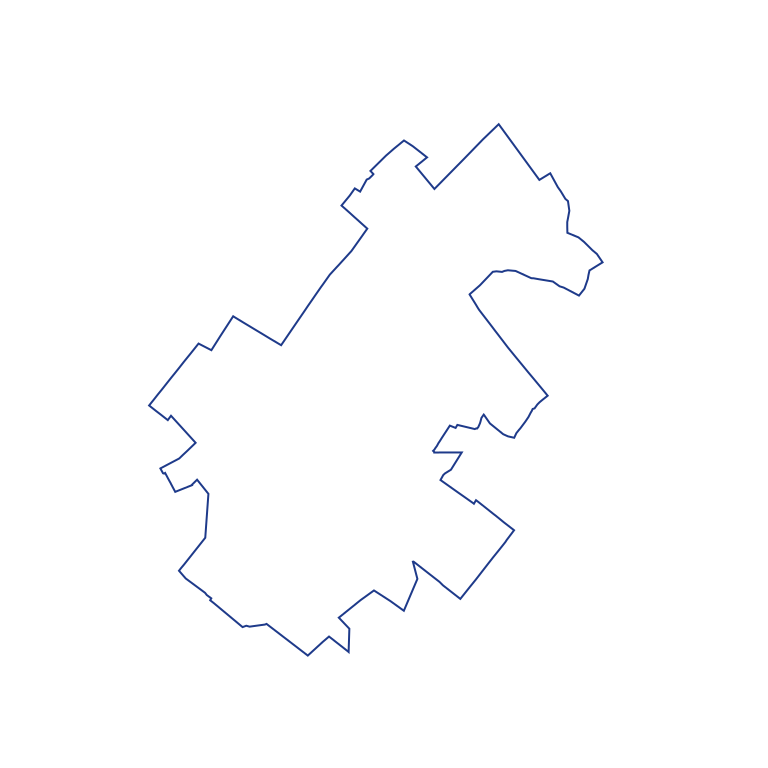 Bokobá, Yucatán, Mexico, rotated 212°
{"feature_id": "50627088B16110462273646", "entity_name": "Bokobá", "entity_type": "district", "adm_level": 2, "iso_a3": "MEX", "parent_name": "Mexico", "parent_adm1": "Yucatán", "projection": "albers", "projection_center": [-89.177, 20.996], "detail": "fine", "context": "isolated", "style": "outline", "palette": "blue", "viewbox_px": 768, "rotation_deg": 212, "n_neighbors": 0, "source": "geoboundaries", "source_scale": "gbopen_adm2", "svg_char_len": 3310}
<svg xmlns="http://www.w3.org/2000/svg" viewBox="0 0 768 768"><g transform="rotate(212 384 384)"><path d="M514.6,512.8L504.4,511.1L497.8,509.9L496.0,509.6L488.0,508.2L480.5,506.9L480.8,501.8L481.1,496.3L481.6,488.1L482.1,479.5L485.6,460.1L486.0,458.2L487.9,448.0L488.6,435.7L488.8,433.1L489.3,422.9L489.5,418.1L489.9,409.7L490.1,403.8L490.7,389.6L491.8,362.4L504.5,362.1L512.4,362.0L524.2,361.8L536.7,361.6L545.0,361.5L547.8,361.5L548.2,337.6L548.2,337.1L548.2,336.7L548.3,322.0L548.3,321.7L548.3,321.2L562.7,320.0L563.5,313.0L564.3,306.2L564.9,301.4L565.5,296.5L566.3,289.0L567.1,282.1L567.7,277.3L568.5,270.2L569.2,263.8L569.5,261.1L570.2,255.6L571.0,248.2L571.4,244.9L571.8,241.3L562.8,240.3L557.5,239.8L548.2,238.8L548.1,240.5L547.8,244.2L532.1,239.8L512.6,234.3L515.5,222.7L517.0,217.1L518.2,212.3L521.0,207.5L523.5,203.2L528.8,194.1L528.9,193.9L524.1,191.2L523.0,191.5L522.5,192.6L516.8,189.3L514.3,187.9L513.2,187.3L512.1,186.7L511.7,186.4L510.1,185.5L509.1,184.9L508.1,184.3L507.0,183.7L506.0,183.1L504.9,182.5L503.9,181.9L493.2,196.5L493.5,196.7L491.8,203.8L474.7,197.8L454.1,158.9L457.9,124.9L458.5,120.7L458.9,117.0L449.1,114.0L425.1,112.1L422.4,111.1L416.9,110.7L416.8,108.5L412.3,108.0L375.1,102.9L372.7,106.0L369.4,107.0L357.5,116.9L356.5,118.3L304.7,113.3L299.3,132.8L296.8,140.7L272.6,138.1L272.0,138.0L283.7,158.1L298.5,161.9L289.3,188.4L283.1,203.6L263.5,203.3L247.0,202.2L249.7,219.3L252.4,236.4L265.3,248.6L265.0,248.9L264.9,249.0L264.5,249.0L244.7,246.9L232.1,245.6L227.3,244.5L205.4,242.2L203.6,257.8L202.5,266.7L200.4,287.4L199.6,294.9L198.6,303.1L197.7,310.8L197.3,314.5L197.3,316.5L196.2,328.9L209.0,330.2L209.8,330.3L220.1,331.6L220.5,331.6L223.3,331.9L240.9,333.9L241.9,334.0L244.4,334.2L244.3,330.1L245.0,330.2L257.2,330.9L263.0,331.2L285.2,332.5L285.5,338.2L284.9,340.5L281.8,346.8L281.8,349.3L281.8,366.6L281.8,366.9L281.8,367.1L294.5,359.2L305.1,352.5L305.5,353.0L306.9,353.3L306.5,355.0L306.5,356.8L306.3,359.5L306.5,362.8L306.4,365.1L306.4,369.0L306.1,383.6L300.0,384.7L300.1,388.2L286.7,392.7L283.1,393.9L282.2,395.3L281.5,395.5L281.2,397.3L281.5,399.5L281.8,401.6L282.3,403.4L283.4,406.9L283.3,409.0L283.2,410.9L282.6,410.7L273.3,406.7L256.3,404.6L251.1,405.3L245.1,407.4L245.7,412.5L245.2,416.8L244.9,418.6L244.2,426.9L244.0,432.5L244.4,437.5L244.4,439.3L244.7,441.6L243.4,443.1L243.1,447.9L242.4,451.0L241.1,454.9L239.0,460.8L245.5,463.0L260.3,467.9L268.0,470.4L287.9,477.1L298.2,480.6L314.4,486.7L317.7,487.9L321.6,489.4L325.8,491.0L328.5,492.0L337.9,495.5L342.7,497.3L345.2,498.5L347.7,499.8L358.9,505.3L358.9,505.6L358.4,507.2L355.0,518.4L352.4,530.9L351.2,536.8L348.4,539.1L345.4,540.6L343.3,541.6L341.8,543.7L339.2,546.1L332.3,549.6L315.1,551.8L313.2,552.9L308.5,554.8L295.1,560.4L286.9,559.9L282.7,561.0L265.5,562.3L264.5,571.0L266.8,581.0L268.4,584.9L269.9,589.2L263.1,603.0L272.4,607.1L278.2,607.9L289.6,610.5L296.8,611.4L308.6,609.4L311.7,614.1L314.4,618.4L316.1,622.8L318.6,629.1L324.9,636.6L328.3,637.1L336.2,641.1L341.0,643.1L354.7,650.8L360.4,639.4L424.4,665.1L429.7,644.0L435.4,617.5L437.3,609.0L444.6,576.1L472.3,585.3L467.6,599.0L485.5,600.9L496.1,601.1L500.3,588.7L503.3,578.8L508.3,557.9L508.4,557.5L504.2,556.4L504.4,554.9L505.5,550.4L507.0,548.2L506.2,534.5L512.4,534.4L512.9,525.6L514.6,512.8Z" fill="none" stroke="#1e3a8a" stroke-width="2"/></g></svg>